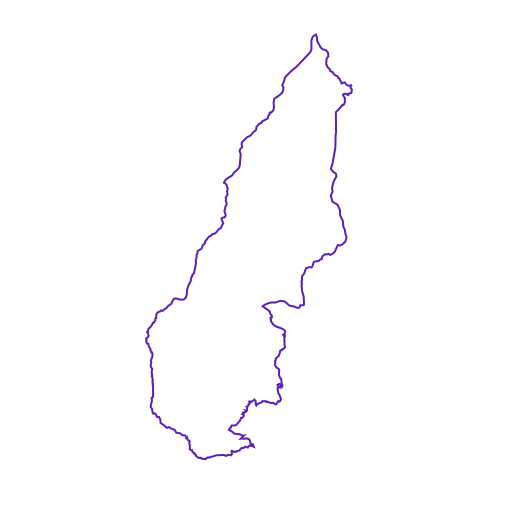 San Miguel de Urcuqui, Imbabura, Ecuador, rotated 62°
{"feature_id": "8360857B34555635043771", "entity_name": "San Miguel de Urcuqui", "entity_type": "district", "adm_level": 2, "iso_a3": "ECU", "parent_name": "Ecuador", "parent_adm1": "Imbabura", "projection": "albers", "projection_center": [-78.284, 0.578], "detail": "fine", "context": "isolated", "style": "outline", "palette": "violet", "viewbox_px": 512, "rotation_deg": 62, "n_neighbors": 0, "source": "geoboundaries", "source_scale": "gbopen_adm2", "svg_char_len": 6120}
<svg xmlns="http://www.w3.org/2000/svg" viewBox="0 0 512 512"><g transform="rotate(62 256 256)"><path d="M409.9,398.7L411.7,395.6L411.2,394.8L411.3,392.8L412.2,391.7L412.1,390.0L412.6,389.1L413.3,384.7L416.6,377.8L417.8,377.0L417.8,376.2L418.6,375.8L418.4,373.9L420.3,371.6L419.6,370.2L418.0,369.8L417.8,368.9L416.8,369.1L416.7,368.8L418.0,368.0L418.0,367.5L418.8,367.1L419.1,365.8L419.7,365.2L419.3,364.6L420.0,361.7L419.3,360.7L418.8,358.8L419.7,357.1L419.2,355.1L421.2,353.2L420.8,352.7L420.6,351.1L421.1,349.3L423.4,347.5L420.8,347.2L419.6,349.3L418.0,348.4L414.6,348.1L412.4,350.3L411.8,352.4L410.8,353.6L410.2,355.2L408.9,351.1L408.7,351.9L405.1,354.7L404.6,356.2L403.5,357.1L402.9,358.4L398.5,360.1L398.2,360.7L396.8,361.5L395.8,360.1L395.8,358.9L394.2,357.3L395.7,354.2L395.7,352.3L393.9,347.6L391.9,345.1L392.4,344.1L391.6,342.1L390.9,341.4L389.9,341.6L389.4,342.2L389.1,341.0L388.4,341.3L388.1,341.1L388.1,340.4L389.0,338.6L388.3,336.9L387.6,337.3L388.0,336.6L387.6,336.2L385.3,334.6L384.7,334.9L384.8,334.0L383.6,331.9L383.0,331.8L382.9,330.3L380.5,330.1L382.6,329.4L382.1,324.8L383.9,324.4L385.8,325.3L386.4,325.2L387.0,325.9L388.2,325.9L387.4,324.2L387.8,319.4L387.2,318.6L388.9,315.4L389.9,315.4L390.2,313.9L391.7,313.0L393.2,311.2L393.7,309.6L395.7,308.7L396.5,307.9L394.6,304.4L395.5,303.9L395.5,303.1L394.2,301.2L389.9,300.5L387.8,300.7L383.0,299.2L381.7,297.3L380.8,297.7L379.8,297.4L380.0,295.3L381.0,294.7L382.8,295.2L383.4,296.5L384.2,295.2L383.4,294.6L383.2,293.6L380.0,293.0L376.4,291.4L374.7,292.0L371.7,291.5L367.2,288.9L366.1,289.1L364.1,290.3L360.8,290.4L359.3,289.0L357.4,288.3L357.3,287.6L355.8,286.7L354.8,282.8L352.8,280.5L351.2,279.4L350.9,278.2L351.3,277.4L350.7,277.1L350.9,274.9L350.1,273.1L347.2,272.4L346.4,271.7L341.7,269.5L340.8,268.3L339.9,267.9L339.9,268.9L338.5,269.0L338.7,268.7L338.0,267.5L336.6,265.7L335.4,265.6L332.6,266.9L327.3,271.7L324.8,272.9L321.2,273.4L318.9,272.9L318.7,272.3L317.5,272.3L317.5,270.6L316.6,270.6L316.1,270.0L313.8,270.6L311.2,269.9L303.5,273.7L303.2,271.0L303.6,266.7L304.7,263.0L305.6,262.2L306.4,259.6L306.9,255.9L309.4,252.1L315.1,249.9L316.7,248.6L317.9,246.7L321.3,243.5L322.0,242.6L321.9,241.6L320.3,240.1L321.7,236.9L321.3,236.3L314.3,233.0L308.4,231.7L303.4,229.6L301.3,228.1L299.9,227.9L299.1,226.8L297.0,225.8L295.2,224.4L294.2,221.8L290.3,217.7L290.9,213.8L291.9,212.9L292.0,212.0L291.9,211.3L288.9,208.4L288.3,207.2L289.8,202.9L289.2,200.8L289.6,199.4L287.5,197.6L286.8,194.5L287.7,193.0L288.2,190.9L289.7,190.2L290.1,188.4L289.8,186.3L289.2,184.4L284.7,178.6L286.0,177.3L286.3,174.4L285.4,170.7L283.2,168.3L282.1,167.3L278.4,166.6L274.3,165.2L271.5,165.2L265.5,162.8L259.6,162.6L254.9,160.3L249.0,159.9L244.1,163.0L237.7,161.6L235.2,158.2L231.6,156.9L228.5,154.2L226.4,152.1L223.5,147.6L220.9,146.8L218.2,148.2L214.4,149.1L210.4,145.1L197.5,135.0L187.2,129.3L184.3,127.2L166.6,118.0L163.8,109.9L163.3,109.5L163.2,108.4L163.7,107.8L163.0,106.5L161.7,105.1L159.6,104.3L158.7,103.4L154.7,103.6L154.2,102.8L154.1,101.9L154.8,100.7L157.2,99.1L157.1,98.6L156.0,98.3L156.8,95.3L154.0,93.2L152.3,93.5L150.8,93.1L150.3,92.5L150.2,91.0L149.3,93.9L148.4,95.1L146.8,95.8L144.8,96.0L144.1,96.5L143.8,99.4L142.9,99.1L139.6,99.3L138.6,98.9L137.2,99.9L135.9,99.5L132.6,101.8L129.8,102.0L127.4,103.7L125.7,103.2L122.1,104.3L120.9,103.9L119.5,104.0L114.9,101.0L113.5,98.2L110.2,97.0L107.3,97.6L104.9,100.0L102.3,101.0L94.6,101.0L92.0,99.7L88.6,99.1L88.7,101.7L89.2,103.1L90.4,104.5L91.9,106.0L99.5,110.0L101.6,112.4L108.0,131.8L109.2,137.9L111.8,146.4L114.6,148.9L117.6,152.7L120.2,152.7L122.6,154.4L124.1,156.2L125.1,160.1L125.7,166.1L129.0,168.5L133.2,170.4L135.4,172.1L136.5,175.2L135.8,176.1L135.8,176.6L137.1,177.3L137.9,179.1L140.1,181.3L140.0,187.3L140.9,188.5L140.6,189.1L141.0,189.9L140.7,191.0L142.3,195.1L144.8,196.8L145.2,199.5L147.0,204.3L147.0,208.6L149.1,215.2L151.1,216.5L152.6,216.6L153.3,217.1L154.2,219.6L155.4,221.1L158.9,221.7L168.4,227.8L170.1,229.6L171.1,232.2L171.9,236.1L173.6,239.1L174.2,246.3L176.0,249.7L176.3,249.9L177.0,249.3L179.1,248.6L183.0,249.3L185.2,251.1L188.5,252.4L190.3,255.4L191.3,255.5L192.7,256.6L196.2,257.3L197.8,259.2L198.1,260.0L199.4,260.7L201.6,262.9L204.7,263.3L206.3,263.9L207.1,265.8L206.5,267.3L206.8,269.0L211.8,269.6L212.9,271.6L214.8,273.8L214.8,276.1L216.5,279.9L216.8,282.3L216.3,284.1L216.9,286.6L216.9,288.6L219.3,294.2L220.8,294.9L221.5,297.9L224.0,300.7L224.2,305.2L226.1,306.5L227.4,308.2L229.3,309.1L232.0,311.5L233.8,312.1L240.2,317.2L242.2,319.1L242.7,320.9L243.9,321.8L244.2,322.9L247.0,324.9L250.4,329.6L253.3,332.6L258.0,335.6L259.9,337.7L260.5,340.2L260.0,341.6L258.6,343.8L255.7,346.6L255.3,348.9L257.5,352.2L257.9,352.3L258.5,353.7L258.9,357.2L259.9,359.5L260.1,362.3L260.6,363.6L260.5,364.4L259.6,365.1L260.0,366.8L259.6,368.4L259.9,369.8L260.7,371.5L261.7,371.8L263.4,373.3L264.0,373.4L264.0,374.2L265.7,375.3L266.8,377.4L266.6,378.5L268.1,380.3L269.3,382.8L269.8,385.1L271.9,386.7L272.0,387.9L273.4,387.7L276.3,388.5L276.9,389.4L277.2,391.6L278.3,392.3L278.9,392.1L280.2,393.2L282.2,393.3L282.7,392.5L283.2,392.4L286.1,393.1L288.6,392.8L289.9,393.6L291.0,393.2L291.9,393.7L292.4,393.2L294.1,393.4L295.8,394.4L299.2,398.1L300.9,398.5L303.4,400.6L305.2,400.9L307.1,400.6L308.3,401.9L311.2,403.4L312.0,403.3L312.8,404.1L313.3,404.1L313.6,404.6L314.6,404.6L317.3,405.4L317.7,406.2L319.5,406.7L319.6,407.0L321.2,407.2L321.6,407.9L323.8,408.4L325.0,409.4L330.2,411.9L330.5,412.4L331.5,412.6L332.3,413.7L332.3,414.8L334.8,415.7L339.0,419.4L340.1,419.9L341.8,419.6L343.1,419.9L346.6,421.0L347.6,419.1L349.9,418.6L350.8,419.1L351.7,418.9L352.7,417.2L354.1,417.4L355.1,417.1L358.6,418.6L363.6,416.1L364.5,416.0L365.9,415.3L366.3,412.9L367.4,412.7L370.5,410.3L370.9,409.5L374.7,409.3L376.5,406.6L379.8,405.0L381.1,402.8L382.5,402.6L383.3,401.8L383.8,401.8L384.4,403.1L385.3,402.4L387.0,402.4L387.9,401.6L388.7,401.6L389.8,402.8L392.5,403.4L395.6,405.2L396.7,404.7L397.5,403.6L399.4,404.1L400.6,403.3L401.6,403.5L401.7,402.8L402.5,403.0L403.7,402.5L404.4,402.8L407.0,401.6L407.6,401.2L407.7,400.1L408.2,400.0L408.9,399.1L409.9,398.7Z" fill="none" stroke="#5b21b6" stroke-width="2"/></g></svg>